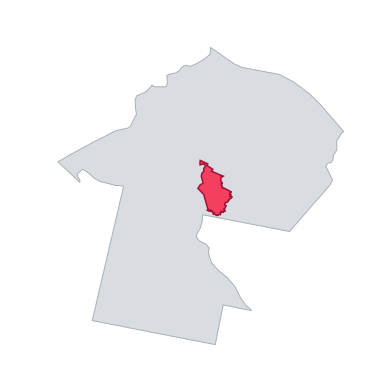 Cobán, Alta Verapaz, Guatemala shown in context, rotated 191°
{"feature_id": "79465075B25337893511969", "entity_name": "Cobán", "entity_type": "district", "adm_level": 2, "iso_a3": "GTM", "parent_name": "Guatemala", "parent_adm1": "Alta Verapaz", "projection": "mercator", "projection_center": [-90.634, 15.685], "detail": "fine", "context": "in_parent", "style": "filled", "palette": "rose", "viewbox_px": 384, "rotation_deg": 191, "n_neighbors": 0, "source": "geoboundaries", "source_scale": "gbopen_adm2", "svg_char_len": 6195}
<svg xmlns="http://www.w3.org/2000/svg" viewBox="0 0 384 384"><g transform="rotate(191 192 192)"><path d="M54.6,280.2L56.4,278.4L57.9,274.2L59.8,269.9L58.6,264.9L57.9,260.9L60.1,255.0L59.9,250.5L60.8,247.8L64.0,246.1L65.6,242.7L56.7,231.1L56.7,228.4L57.9,225.2L65.1,212.7L73.7,198.0L83.1,181.6L88.8,171.8L109.5,171.8L123.3,171.8L140.7,171.7L159.7,171.7L172.1,171.7L177.2,171.6L176.4,165.2L177.0,158.1L179.3,151.7L179.3,148.9L175.6,145.4L168.4,143.4L164.4,140.3L164.4,136.4L162.6,131.7L159.2,126.2L151.9,120.5L141.0,114.7L131.6,107.0L123.9,97.2L117.4,90.9L112.4,88.3L111.2,86.9L125.9,87.0L139.8,87.1L139.9,73.1L140.0,60.7L140.1,46.6L165.2,46.6L195.3,46.6L226.5,46.7L251.0,46.7L265.4,46.7L264.7,64.2L264.0,84.4L263.4,99.2L262.7,119.0L261.9,139.1L260.9,166.6L260.2,184.3L260.5,184.7L268.7,183.9L280.8,184.6L283.7,184.6L287.4,186.1L290.3,186.6L296.5,190.6L303.7,193.6L308.3,187.5L305.9,183.8L304.0,182.0L304.3,180.3L329.4,196.1L326.4,198.5L320.1,204.2L308.5,213.8L298.1,222.3L288.1,230.1L279.2,237.1L278.1,237.8L266.7,242.8L264.8,245.1L262.3,255.0L261.2,257.5L263.3,263.0L265.4,271.4L264.7,275.8L256.8,281.3L253.2,286.2L251.6,289.4L250.2,288.5L247.7,288.3L242.1,289.5L239.4,289.8L237.1,291.2L236.9,294.3L238.4,299.2L238.9,301.7L237.4,302.9L230.4,305.9L227.7,308.8L225.1,313.4L222.0,315.3L218.9,314.9L216.6,315.6L211.8,319.0L204.6,325.6L200.7,330.5L200.6,334.1L201.4,337.4L175.0,325.8L166.3,323.8L129.3,324.1L113.4,319.5L95.4,310.7L83.1,302.7L54.6,280.2Z" fill="#d9dde1" stroke="#a8b0b8" stroke-width="1"/><path d="M164.3,213.5L165.9,213.8L166.2,213.9L167.4,214.1L167.6,214.2L168.3,214.3L170.6,214.8L172.5,215.2L173.8,215.5L175.0,215.8L176.7,216.1L176.7,216.3L176.4,217.1L175.9,218.2L175.9,218.3L181.0,220.4L182.2,220.9L182.3,221.0L181.9,222.6L185.0,223.4L185.9,223.6L188.2,224.2L189.2,224.4L189.7,224.6L189.8,224.6L190.0,224.6L189.8,223.2L189.8,222.7L189.7,222.5L189.5,221.2L189.3,220.2L188.5,220.5L186.9,221.2L185.4,221.8L184.9,221.4L184.3,220.7L183.9,220.3L183.7,220.1L184.3,218.8L185.0,217.2L185.0,216.9L184.5,215.3L184.4,215.1L184.3,214.8L185.5,212.9L185.9,212.1L185.9,209.3L185.4,208.2L182.8,202.8L182.8,202.7L185.2,200.7L185.4,200.5L186.9,196.6L186.2,196.2L181.4,192.8L181.0,192.5L180.1,191.9L179.9,191.7L178.5,188.7L176.9,185.7L175.8,183.4L175.1,182.1L174.8,181.4L174.4,180.8L173.7,179.3L173.0,178.0L172.8,178.1L172.7,178.0L172.8,177.9L173.2,177.8L173.5,177.4L173.6,177.2L173.6,176.9L173.4,176.9L173.2,177.0L173.1,177.3L172.5,177.3L172.2,177.5L172.0,177.4L172.2,177.1L172.3,177.0L172.3,176.7L172.2,176.6L171.8,176.7L171.7,176.8L171.6,177.2L171.6,177.3L171.5,177.2L171.6,176.9L171.5,176.6L171.4,176.6L171.1,176.5L170.8,177.0L170.7,177.2L170.6,176.8L170.5,176.6L170.3,176.4L170.2,176.4L170.0,176.5L170.0,177.0L169.8,177.0L169.7,177.1L169.5,177.4L169.5,177.5L169.3,177.6L169.2,177.6L169.1,177.4L169.2,177.2L169.2,176.9L168.9,176.9L168.6,177.1L168.3,177.1L168.2,177.1L168.2,176.8L168.3,176.6L168.3,176.3L168.2,176.2L167.7,175.8L167.2,175.7L166.4,176.0L166.2,176.0L166.1,175.9L166.0,175.7L166.4,175.4L166.9,175.5L167.1,175.4L167.1,175.2L167.0,174.5L167.0,174.3L166.8,174.2L166.7,174.2L166.5,174.3L166.1,174.6L166.0,174.8L165.8,175.0L165.7,175.1L165.3,174.8L164.7,174.2L164.5,173.9L164.4,173.9L164.2,173.9L163.7,174.1L163.2,174.0L163.2,173.8L162.9,173.9L162.8,174.1L162.7,174.2L162.1,174.0L161.9,174.1L161.8,174.4L161.7,174.6L161.5,174.8L161.2,175.0L160.6,175.4L160.3,175.5L160.1,175.5L159.9,175.3L159.8,175.6L159.9,175.8L160.2,176.3L160.2,176.5L160.2,177.1L159.9,177.0L159.4,177.1L159.4,177.6L159.4,177.9L159.8,178.4L159.8,178.5L159.7,178.7L159.4,178.8L159.1,178.7L158.8,178.4L158.4,178.2L158.1,178.0L157.8,178.0L157.6,178.0L157.4,178.0L157.3,178.3L157.4,178.7L157.4,178.8L157.2,179.1L156.8,179.2L156.7,179.1L156.4,179.1L156.1,179.3L155.9,179.4L155.9,179.5L155.9,180.0L156.3,180.1L156.5,180.4L156.7,180.8L157.1,180.7L157.3,180.7L157.5,180.8L157.6,181.0L157.5,181.5L157.3,181.8L156.6,182.3L156.4,182.5L156.3,182.8L156.3,183.4L156.3,183.8L156.2,184.0L155.9,184.6L155.9,184.8L155.9,185.1L156.0,185.1L156.3,185.1L156.8,184.9L157.1,185.0L157.3,185.2L157.4,185.3L157.4,185.8L157.3,186.0L157.2,186.1L157.4,186.3L157.5,186.3L157.8,186.5L157.8,186.8L157.7,186.9L157.4,187.2L157.4,187.5L157.1,187.6L157.1,187.8L157.0,188.0L156.9,188.1L156.7,188.1L156.5,188.5L156.4,188.6L156.2,188.6L155.8,188.5L155.4,188.8L155.2,188.9L155.1,189.2L154.9,189.5L154.9,189.8L154.7,189.9L154.5,190.0L154.4,190.1L154.4,190.4L154.3,190.7L154.3,190.9L154.6,191.1L154.4,191.4L154.2,191.5L154.2,191.9L153.9,191.9L153.8,192.0L153.7,192.1L153.4,192.3L153.4,192.8L153.3,193.0L153.2,193.0L152.7,193.1L152.4,193.4L152.3,194.3L151.9,194.5L151.7,194.6L151.7,194.8L152.0,195.1L152.5,195.3L152.8,195.3L152.9,195.2L153.1,194.9L153.4,194.8L153.5,194.8L153.9,195.1L154.1,195.1L154.2,195.5L154.5,196.3L154.3,196.5L154.1,196.6L153.9,196.6L153.7,196.5L153.4,196.6L153.2,196.8L153.3,196.9L153.5,197.0L153.9,196.8L154.0,196.8L154.5,197.4L154.8,197.6L155.0,197.8L155.0,198.0L154.9,198.0L154.5,198.0L153.8,198.7L153.7,198.8L153.4,199.3L153.4,199.6L153.5,199.7L153.7,199.8L153.9,199.8L154.2,199.7L154.5,199.8L154.8,199.9L155.4,200.1L155.6,200.2L155.8,200.3L156.1,200.5L156.7,200.6L157.0,200.8L157.3,200.8L157.6,200.9L158.1,201.0L158.4,201.1L158.5,201.2L158.9,201.2L159.1,201.3L159.3,201.3L159.7,201.4L160.0,201.5L160.3,201.7L160.5,201.8L160.8,201.9L161.0,201.8L161.4,201.8L162.1,201.7L162.4,201.8L162.9,201.8L163.0,201.9L163.0,202.0L162.7,202.2L162.6,202.3L162.8,202.5L163.0,202.6L163.4,202.7L163.6,202.9L163.7,203.0L163.6,203.3L163.6,203.6L163.7,203.9L164.1,204.1L164.2,204.3L164.2,204.5L164.4,204.5L164.7,204.5L164.6,204.8L164.6,205.0L164.6,205.3L164.6,205.6L164.6,205.8L164.4,205.9L164.1,206.1L163.9,206.2L163.9,206.3L163.9,206.6L164.0,206.8L164.3,206.9L164.4,207.0L164.6,207.1L165.0,207.1L165.3,207.3L165.4,207.5L165.5,207.9L165.7,208.1L165.7,208.3L165.8,208.4L165.8,208.5L165.9,208.8L165.8,209.0L165.9,209.3L166.0,209.3L166.2,209.7L166.2,210.1L166.2,210.5L166.4,211.2L166.4,211.4L166.4,211.6L166.5,211.9L166.5,212.0L166.4,212.1L166.0,212.3L165.9,212.5L165.7,212.6L165.5,212.4L165.4,212.4L165.3,212.5L165.2,212.7L165.1,212.8L164.8,213.1L164.7,213.2L164.6,213.3L164.4,213.4L164.3,213.5Z" fill="#f43f5e" stroke="#9f1239" stroke-width="1.5"/></g></svg>